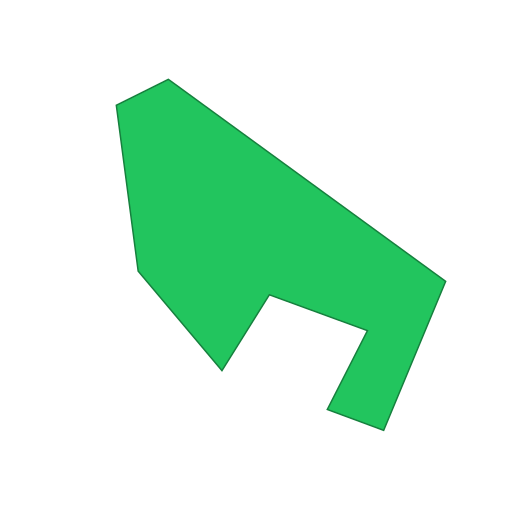 an SVG outline of Pembroke, rotated 27°
{"feature_id": "BMU-5139", "entity_name": "Pembroke", "entity_type": "state/province", "adm_level": 1, "iso_a3": "BMU", "parent_name": "Bermuda", "parent_adm1": "", "projection": "albers", "projection_center": [-64.794, 32.299], "detail": "fine", "context": "isolated", "style": "filled", "palette": "green", "viewbox_px": 512, "rotation_deg": 27, "n_neighbors": 0, "source": "natural_earth", "source_scale": "10m", "svg_char_len": 288}
<svg xmlns="http://www.w3.org/2000/svg" viewBox="0 0 512 512"><g transform="rotate(27 256 256)"><path d="M277.7,373.6L157.9,323.0L63.1,185.1L97.7,138.4L436.5,192.5L448.9,353.4L389.2,360.4L389.2,271.9L285.5,284.5L277.7,373.6Z" fill="#22c55e" stroke="#15803d" stroke-width="1.5"/></g></svg>